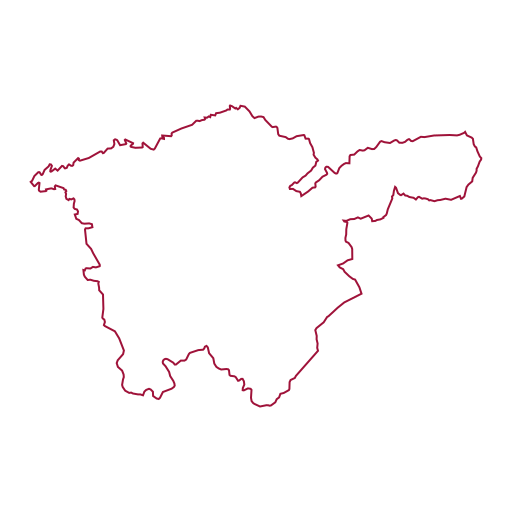 the district of Pindal, Loja, Ecuador
{"feature_id": "8360857B50209341108464", "entity_name": "Pindal", "entity_type": "district", "adm_level": 2, "iso_a3": "ECU", "parent_name": "Ecuador", "parent_adm1": "Loja", "projection": "mercator", "projection_center": [-80.129, -4.101], "detail": "fine", "context": "isolated", "style": "outline", "palette": "rose", "viewbox_px": 512, "rotation_deg": 0, "n_neighbors": 0, "source": "geoboundaries", "source_scale": "gbopen_adm2", "svg_char_len": 6021}
<svg xmlns="http://www.w3.org/2000/svg" viewBox="0 0 512 512"><path d="M481.3,158.1L479.8,156.5L477.4,151.2L476.2,147.4L474.9,146.5L473.7,144.2L472.9,138.8L471.7,137.6L466.9,135.4L465.1,131.9L464.2,132.8L459.6,134.8L457.0,135.4L449.6,135.0L434.0,135.5L424.5,137.1L420.9,136.8L412.7,141.2L411.1,141.0L409.3,139.2L408.7,139.2L407.3,139.9L405.0,141.9L402.4,142.8L399.3,142.7L397.0,140.4L395.8,140.0L394.2,140.5L390.0,143.0L384.5,142.2L381.5,141.1L380.1,141.7L376.3,147.0L374.2,149.0L372.0,149.1L367.8,147.8L364.5,150.3L362.8,150.6L359.6,150.0L357.5,151.4L354.2,154.6L350.4,155.0L349.6,156.3L349.4,163.3L345.9,163.1L344.1,163.9L341.5,165.8L339.3,168.1L337.4,173.0L336.8,173.5L335.8,173.5L334.6,172.9L328.1,166.9L326.6,166.7L326.0,167.0L325.4,167.6L325.0,169.1L327.0,172.8L327.2,173.8L326.5,174.7L322.5,176.7L319.1,180.3L315.8,182.5L315.3,183.4L315.6,186.7L315.1,187.4L312.5,187.7L308.1,191.5L301.3,196.1L300.8,193.4L299.9,191.8L296.3,191.1L293.0,188.9L289.9,189.0L289.4,187.4L290.3,185.8L291.8,185.1L294.2,182.6L295.0,182.3L296.8,183.1L297.8,182.6L302.6,177.4L305.6,175.6L307.5,173.4L311.1,170.6L312.9,167.6L315.4,165.6L316.3,161.8L318.0,160.6L317.4,159.4L315.4,157.7L313.6,154.7L313.9,152.8L312.4,147.2L310.1,143.1L309.0,139.1L308.4,138.7L305.6,138.7L304.3,135.2L303.8,135.0L296.6,136.2L292.7,138.4L289.5,139.1L288.0,138.8L285.7,137.1L279.3,135.7L278.2,134.1L277.4,128.0L276.9,127.2L276.0,126.6L272.6,127.1L271.8,126.7L265.3,120.0L263.5,117.1L261.1,116.5L258.4,116.6L254.5,118.1L252.4,116.2L249.5,111.4L244.8,106.6L240.5,105.8L239.6,107.9L237.8,109.3L236.1,107.9L235.3,108.5L232.0,106.2L230.1,105.5L229.8,105.9L230.1,108.8L229.8,109.5L227.5,109.5L226.2,110.5L219.9,112.7L216.1,113.2L215.2,115.4L210.8,114.8L210.2,117.1L208.8,116.4L207.0,117.7L204.7,117.5L205.2,118.9L204.5,119.7L201.9,120.1L199.6,121.1L197.6,120.7L196.2,120.8L192.1,124.8L181.4,128.5L172.3,132.6L171.6,133.5L171.7,135.4L171.1,136.2L162.2,135.5L162.3,136.5L164.0,137.9L164.0,138.9L161.3,138.3L160.2,138.5L154.8,148.6L153.7,149.6L150.7,148.8L143.2,142.7L142.5,143.4L142.7,147.1L142.1,147.5L135.4,147.8L131.1,146.9L130.6,146.5L130.7,145.6L133.0,143.8L133.1,143.2L125.3,139.5L124.8,140.0L126.3,143.5L125.9,144.1L120.1,145.2L117.4,140.5L116.8,139.9L115.1,139.3L113.8,140.3L114.4,144.0L113.3,146.8L111.1,148.4L107.6,148.6L103.7,153.0L102.9,153.2L101.7,151.5L100.2,151.5L88.8,158.0L79.9,160.7L78.8,160.1L78.9,158.6L78.1,158.1L73.6,162.6L73.2,165.1L72.4,165.8L71.1,165.8L69.0,164.4L67.7,165.7L66.8,167.8L65.5,168.3L64.8,168.3L63.2,166.2L62.0,165.9L57.6,170.6L55.2,168.6L51.7,171.3L50.8,171.7L50.3,171.4L50.4,170.0L51.9,165.9L51.0,164.5L49.7,164.3L48.6,166.4L44.6,169.9L42.7,174.2L41.8,175.0L41.3,174.9L39.5,172.2L38.3,172.2L34.4,176.0L32.1,180.8L30.7,181.9L34.1,186.1L34.8,186.1L37.9,183.0L38.8,182.6L39.5,183.0L38.8,189.8L39.0,190.6L40.5,191.7L45.9,191.1L46.4,190.7L46.0,189.4L50.4,188.5L51.6,188.4L54.0,189.2L55.2,189.0L54.8,186.4L55.6,185.4L63.5,188.1L64.2,189.5L65.7,189.8L66.3,191.1L65.4,192.3L66.1,193.9L65.7,196.4L66.4,198.8L68.6,200.1L69.4,198.9L71.3,199.4L73.5,198.4L74.4,199.4L74.6,201.0L73.9,203.6L73.6,207.5L74.7,208.9L77.0,209.5L78.0,211.4L77.6,213.9L74.8,214.5L76.3,218.8L78.9,220.0L81.8,223.2L84.3,223.7L89.2,223.4L91.9,224.2L92.4,227.2L88.5,228.3L85.6,228.3L85.0,229.5L86.5,243.8L91.1,248.9L93.2,253.3L99.7,264.6L99.8,265.7L99.7,266.2L95.9,267.4L92.9,266.9L90.4,268.5L86.5,268.2L85.6,268.5L84.8,270.4L83.4,270.0L83.9,274.7L84.8,276.7L87.7,280.0L90.3,279.7L93.9,280.8L97.5,281.2L98.8,281.9L98.3,283.5L99.1,287.7L99.2,290.3L103.0,294.5L103.4,309.0L102.3,317.5L102.7,318.4L104.3,319.6L104.9,322.0L103.9,325.1L104.8,326.0L114.9,331.3L119.2,338.4L123.9,350.5L123.1,354.1L117.7,360.3L116.7,363.1L117.9,366.9L122.1,370.6L123.6,374.5L123.8,377.1L123.0,379.5L122.1,384.9L122.7,387.0L125.2,390.7L129.2,392.9L131.2,392.6L132.9,393.5L138.0,394.4L140.3,394.4L143.0,395.3L144.4,391.6L146.2,389.9L149.0,388.8L150.7,389.5L152.9,391.7L153.1,396.0L156.6,398.5L158.7,399.0L160.0,397.8L162.9,392.0L171.6,388.7L173.9,387.0L174.7,385.6L174.4,383.5L173.3,380.9L170.2,376.1L169.1,371.9L165.6,366.3L163.0,363.5L162.7,362.0L163.2,360.4L164.5,359.2L165.9,358.8L167.6,359.2L173.3,362.7L174.7,364.5L176.0,364.5L180.8,360.6L184.5,360.6L186.2,359.5L188.9,354.0L189.9,352.9L198.3,350.1L203.1,349.7L204.2,348.5L204.9,346.7L206.5,345.9L207.8,347.4L209.1,353.2L213.3,358.2L214.3,363.6L216.4,366.9L218.8,368.5L221.2,369.5L226.4,369.0L228.2,369.3L229.0,370.3L229.5,374.9L230.5,375.8L234.4,376.3L235.7,377.1L238.1,380.8L239.2,380.5L241.2,378.9L242.6,378.9L243.9,381.3L244.3,384.6L242.8,388.1L242.7,390.2L243.8,390.4L247.9,388.4L250.6,388.8L251.5,389.9L251.0,397.8L251.6,401.1L253.1,403.0L254.4,403.9L260.0,406.5L266.5,405.2L268.4,405.3L269.4,405.7L270.9,405.5L275.3,402.3L276.7,399.2L279.1,397.4L280.4,393.8L283.7,393.0L288.9,390.1L289.4,389.0L289.6,382.1L290.6,380.0L294.8,378.0L295.9,375.9L318.0,350.8L317.2,347.9L317.6,343.5L316.6,339.3L316.7,335.9L315.3,330.1L316.5,328.1L323.7,322.3L327.1,317.0L328.5,316.2L337.7,307.7L344.3,302.4L361.5,293.7L359.4,287.3L355.1,279.6L352.8,278.9L349.2,276.2L344.6,271.8L343.2,269.2L339.7,267.4L338.0,265.3L343.1,263.5L347.6,260.3L352.3,259.0L352.2,249.0L351.6,247.1L348.5,242.9L346.0,241.7L345.5,240.6L345.4,238.0L346.2,234.4L346.3,229.2L347.4,222.8L346.8,222.0L344.3,221.5L343.7,220.6L346.3,220.9L350.3,219.2L354.3,219.0L357.9,217.4L360.7,218.7L368.6,215.5L371.7,218.6L372.2,221.2L375.4,220.9L376.9,220.0L380.3,219.4L383.4,217.9L383.3,217.2L386.1,215.0L386.8,213.4L387.8,209.3L392.3,198.5L392.0,196.5L393.3,195.1L393.9,190.9L395.1,186.9L396.0,187.7L398.0,193.2L400.3,195.0L401.0,195.2L403.5,193.6L405.2,195.5L407.3,195.8L409.3,197.0L413.6,197.8L415.9,199.5L418.0,197.1L419.0,196.8L422.2,198.7L423.9,198.3L425.5,198.5L427.9,199.2L429.2,200.4L430.4,200.1L434.5,201.2L437.6,200.2L440.2,200.0L445.5,198.7L451.1,199.8L459.9,196.0L461.0,198.8L461.7,198.7L464.3,196.5L466.6,187.1L468.4,184.6L472.2,181.4L472.7,177.8L476.0,172.6L476.6,170.7L476.6,168.8L477.9,166.4L479.7,161.5L481.1,159.6L481.3,158.1Z" fill="none" stroke="#9f1239" stroke-width="2"/></svg>